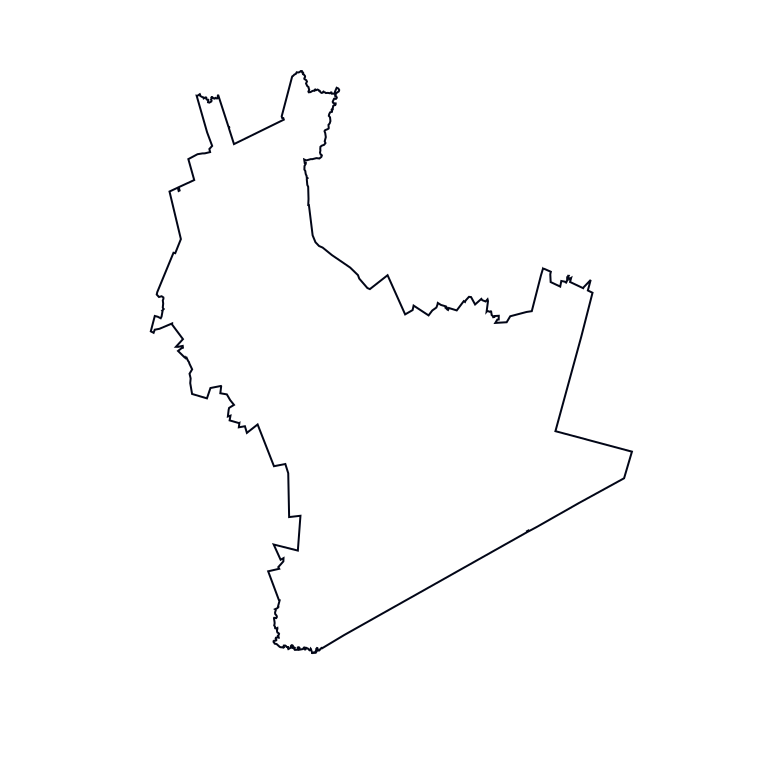 outline of China, Nuevo León, Mexico, rotated 15°
{"feature_id": "50627088B55287529852114", "entity_name": "China", "entity_type": "district", "adm_level": 2, "iso_a3": "MEX", "parent_name": "Mexico", "parent_adm1": "Nuevo León", "projection": "equal_earth", "projection_center": [-99.08, 25.492], "detail": "fine", "context": "isolated", "style": "outline", "palette": "ink", "viewbox_px": 768, "rotation_deg": 15, "n_neighbors": 0, "source": "geoboundaries", "source_scale": "gbopen_adm2", "svg_char_len": 6153}
<svg xmlns="http://www.w3.org/2000/svg" viewBox="0 0 768 768"><g transform="rotate(15 384 384)"><path d="M215.9,110.4L215.7,111.1L215.9,152.0L216.8,153.4L217.9,153.2L218.8,154.6L177.0,191.1L168.0,177.1L168.2,176.4L167.9,175.8L167.2,175.8L149.3,148.2L148.9,148.3L148.9,148.9L149.8,150.3L149.4,150.9L148.9,150.7L148.6,151.4L147.8,151.5L147.1,151.3L146.5,152.2L146.1,152.3L145.7,152.0L144.8,152.0L143.9,151.3L143.3,151.4L143.1,152.2L143.7,152.8L143.3,154.0L144.1,154.9L144.1,155.8L142.5,157.4L141.1,157.4L140.8,155.1L140.4,154.9L139.9,155.2L139.2,155.1L138.5,154.5L138.3,153.5L138.1,153.3L137.6,153.3L135.9,154.8L135.4,153.9L134.3,153.9L132.0,153.3L131.4,152.7L131.4,152.0L131.1,151.7L129.2,153.9L128.4,154.0L148.0,186.7L156.4,198.5L154.5,202.2L156.0,205.0L151.2,207.6L149.1,208.2L144.4,210.3L136.8,217.4L147.9,236.1L134.8,247.0L136.5,250.0L135.7,250.7L134.0,247.7L127.0,253.6L150.3,296.6L148.5,311.7L146.7,311.7L141.2,354.0L141.3,356.4L144.1,358.2L146.5,356.8L148.5,357.5L148.9,358.8L148.7,360.5L149.9,363.5L150.5,367.3L151.1,368.2L151.8,368.6L150.8,370.5L151.2,370.6L151.7,376.5L151.3,378.3L148.1,377.6L145.0,377.6L145.1,393.5L148.2,394.2L148.5,390.9L152.8,388.8L163.7,380.3L164.0,381.5L178.2,392.7L173.4,401.9L175.5,401.4L179.7,399.3L180.4,401.0L179.2,401.8L176.5,405.4L184.5,409.9L184.8,409.4L186.0,410.4L186.5,409.7L188.7,412.3L190.0,413.4L190.7,414.6L194.9,419.5L193.5,424.4L195.8,428.7L196.6,433.3L201.2,443.3L216.7,443.7L217.4,432.8L227.0,428.1L227.3,428.3L228.3,435.3L234.9,434.7L239.6,439.4L244.5,443.0L240.6,447.1L240.6,449.0L241.6,455.8L243.9,454.3L244.3,459.1L254.2,459.3L254.4,459.1L255.0,463.4L260.6,460.8L264.2,466.7L272.4,455.8L299.0,491.9L309.4,486.8L314.6,495.0L326.8,537.1L337.4,532.9L343.9,567.2L319.0,567.6L329.6,580.5L332.0,578.2L332.7,581.4L329.3,588.2L330.6,589.6L320.6,594.9L338.4,619.9L339.2,619.9L339.2,626.4L339.7,626.7L339.1,628.0L337.1,629.7L337.7,629.9L338.0,630.4L337.9,632.8L338.4,634.3L340.1,635.5L340.6,636.2L340.8,636.8L340.5,638.0L338.4,638.3L338.3,638.6L340.0,642.5L340.4,644.0L340.4,645.6L341.5,646.6L342.1,648.1L343.0,648.1L344.1,647.2L344.4,648.0L344.3,649.5L344.9,651.0L345.5,651.7L346.6,651.9L347.3,652.5L347.2,653.8L346.7,654.6L347.9,655.9L348.0,656.3L346.3,656.4L345.3,657.0L345.2,657.8L346.3,659.1L346.3,659.4L345.7,660.0L344.4,660.3L343.9,661.0L344.2,661.9L345.0,662.4L345.6,663.1L347.6,663.0L351.3,664.9L352.8,665.0L353.9,664.5L354.9,664.8L355.5,664.2L355.0,663.4L354.9,662.6L356.1,662.2L357.2,662.5L358.0,663.2L359.4,662.9L359.7,664.2L360.2,664.8L362.2,662.8L361.9,661.1L362.4,660.2L363.1,660.1L363.7,660.4L364.0,661.1L363.9,662.6L364.3,662.6L365.4,661.7L366.1,661.9L366.1,663.5L366.7,663.9L368.8,663.2L369.9,661.8L370.0,661.3L369.8,661.1L369.4,661.0L369.1,661.4L368.9,661.2L368.9,660.8L369.5,660.4L370.1,660.4L370.8,660.9L370.9,661.4L370.4,662.3L370.5,662.8L374.3,661.0L374.8,659.4L375.2,659.1L376.1,659.2L376.0,660.5L376.5,660.9L376.9,660.6L377.2,659.0L379.1,659.3L381.0,660.5L381.6,660.1L381.7,658.7L382.2,659.1L382.5,659.8L383.8,661.6L384.1,662.5L384.9,662.3L385.9,661.2L386.3,661.3L386.4,661.7L387.6,661.3L387.9,660.4L387.2,659.6L387.4,658.4L387.1,657.5L387.6,656.3L388.0,656.3L388.6,657.2L387.8,658.5L387.8,659.1L388.4,659.1L389.0,658.4L390.2,658.3L390.7,657.7L390.9,656.9L392.0,655.0L392.4,654.9L392.7,655.2L410.4,636.9L560.7,489.9L560.2,489.2L561.4,488.1L561.9,488.8L568.3,482.8L603.1,448.5L640.3,412.9L641.0,385.2L561.8,385.2L562.3,287.3L561.8,241.9L556.7,240.9L556.7,230.0L551.8,238.9L551.6,239.9L537.3,237.3L537.3,233.1L535.8,234.7L535.6,234.0L535.1,234.2L534.2,232.9L534.4,231.7L533.9,231.8L534.0,232.9L533.3,233.4L534.1,236.6L533.7,238.9L533.1,238.8L532.9,238.3L528.6,238.6L529.0,244.3L518.6,242.4L516.2,234.9L516.1,232.4L509.0,231.3L508.0,231.6L507.7,231.4L507.5,238.4L507.9,275.4L503.1,277.5L488.4,285.9L486.5,292.6L475.7,296.2L476.8,292.5L478.1,292.0L477.2,288.4L473.3,289.7L473.3,290.7L472.2,291.2L471.6,290.2L470.2,289.6L468.7,286.2L468.2,286.2L467.4,286.9L465.6,286.7L464.6,287.2L464.4,287.6L463.0,277.0L462.1,275.4L460.8,278.0L457.2,277.6L456.0,276.6L451.4,283.6L445.6,277.5L443.5,277.8L441.2,282.3L441.0,283.8L439.6,283.3L435.2,294.1L427.0,293.8L426.7,295.9L425.7,295.6L425.6,295.2L425.3,295.1L425.3,294.2L424.1,293.3L423.6,294.2L422.9,293.0L418.6,292.9L415.0,291.8L415.1,293.6L414.8,296.6L411.6,300.5L409.3,306.2L392.3,300.6L392.5,305.2L386.4,311.3L359.3,278.0L345.8,296.0L343.1,295.6L332.8,288.6L330.7,285.6L321.2,280.3L300.4,273.0L289.4,268.1L285.5,267.5L281.1,264.8L276.6,258.9L265.6,231.7L265.1,230.5L264.5,230.7L263.2,224.8L259.7,213.1L258.4,211.6L256.3,205.9L256.9,204.9L255.8,204.3L255.2,202.7L254.4,202.0L253.6,200.5L252.9,198.7L251.6,197.5L250.8,194.0L251.3,192.0L251.1,192.0L251.1,190.7L250.2,191.0L248.8,187.8L250.7,188.1L251.5,187.9L255.0,185.8L256.5,185.4L260.3,183.3L263.2,182.9L264.7,180.9L264.8,179.3L264.4,178.9L263.5,178.8L262.3,177.1L262.1,174.8L261.6,173.5L261.2,171.3L262.1,170.0L264.3,168.4L265.1,166.4L263.9,164.9L263.9,160.6L262.3,156.9L261.3,155.5L261.1,155.1L261.5,154.0L263.5,152.5L264.3,151.7L264.4,151.1L263.3,148.1L264.1,146.3L264.2,143.9L262.9,140.5L262.3,139.9L261.3,139.3L261.2,137.6L261.6,135.6L263.3,134.5L263.1,133.6L262.4,132.8L262.5,132.2L263.4,131.9L263.1,130.7L263.0,128.4L263.5,127.8L264.7,127.2L264.9,126.5L264.7,125.5L262.8,125.8L261.8,125.4L261.4,124.6L261.9,121.5L262.1,121.2L263.7,121.1L264.3,119.9L264.3,119.6L263.4,118.5L262.5,118.7L262.0,117.6L262.9,115.0L264.6,113.1L264.7,112.0L264.6,111.5L263.4,110.4L261.6,110.1L261.0,114.3L261.1,115.7L260.3,116.6L258.4,117.1L257.8,116.0L257.4,116.0L256.4,117.2L254.5,117.3L252.5,118.0L251.6,117.6L250.3,117.6L249.9,117.2L249.6,117.5L249.3,118.5L248.3,119.0L247.0,118.5L246.1,117.5L245.3,117.6L244.8,117.0L243.6,116.8L242.4,117.7L241.3,117.3L241.0,117.7L241.3,118.2L241.0,118.8L240.2,118.9L239.1,119.4L237.4,121.1L235.8,121.7L235.3,121.1L235.6,119.1L234.7,117.8L234.3,116.8L232.7,116.0L230.9,113.9L231.3,111.8L230.3,110.7L228.2,110.0L227.9,109.4L228.3,107.8L228.0,107.0L226.6,105.9L225.6,105.7L225.5,104.5L225.0,104.0L224.3,104.2L223.7,103.0L222.7,103.2L221.7,104.6L220.3,105.4L219.0,105.5L218.5,107.4L217.4,108.2L216.4,110.0L215.9,110.4Z" fill="none" stroke="#020617" stroke-width="2"/></g></svg>